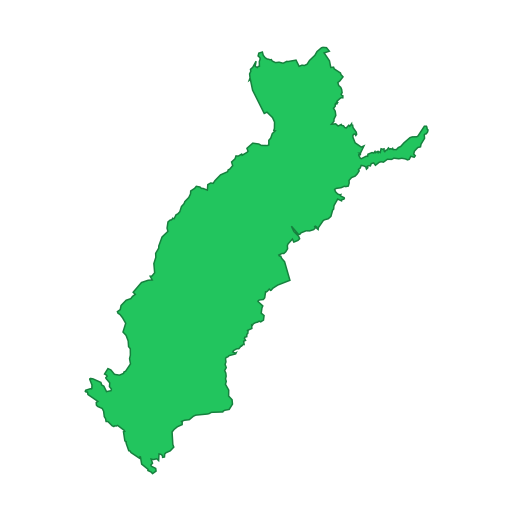 the district of Baia De Arama, Mehedinti, Romania, rotated 262°
{"feature_id": "2599482B84787861269200", "entity_name": "Baia De Arama", "entity_type": "district", "adm_level": 2, "iso_a3": "ROU", "parent_name": "Romania", "parent_adm1": "Mehedinti", "projection": "orthographic", "projection_center": [22.806, 45.004], "detail": "fine", "context": "isolated", "style": "filled", "palette": "green", "viewbox_px": 512, "rotation_deg": 262, "n_neighbors": 0, "source": "geoboundaries", "source_scale": "gbopen_adm2", "svg_char_len": 6088}
<svg xmlns="http://www.w3.org/2000/svg" viewBox="0 0 512 512"><g transform="rotate(262 256 256)"><path d="M448.6,357.1L452.5,354.8L453.3,351.4L453.1,349.8L450.0,344.9L446.5,342.2L442.2,336.2L438.8,333.3L437.9,330.4L438.6,328.1L437.8,325.1L444.4,322.9L444.1,314.6L444.5,313.7L443.1,309.7L444.7,305.9L444.8,302.2L446.8,299.2L448.4,298.5L448.3,297.3L449.2,295.7L449.1,295.1L451.0,292.7L453.8,291.1L457.1,290.7L456.5,287.0L453.8,285.9L452.0,287.4L450.6,287.6L448.0,286.3L443.4,285.8L443.4,284.6L442.4,283.5L444.0,281.6L448.9,283.2L443.4,279.1L441.6,276.5L439.7,276.6L437.2,275.0L433.2,274.9L430.9,273.7L431.6,275.0L420.7,275.7L396.0,284.0L396.9,286.9L390.8,291.6L386.1,293.0L379.8,292.0L377.9,291.1L377.3,292.5L375.0,289.2L370.7,287.0L368.8,284.8L364.2,284.1L363.8,282.6L364.8,276.5L366.5,274.4L368.2,268.5L363.9,262.0L360.8,262.7L359.9,261.6L357.7,256.3L358.9,256.0L357.4,252.4L357.9,250.1L355.2,248.8L352.5,244.9L348.7,245.5L345.6,242.0L345.2,240.5L343.4,239.6L341.3,232.2L336.4,225.9L333.9,223.7L334.6,221.3L333.4,218.2L328.0,217.0L330.3,212.9L330.5,211.4L332.1,210.1L333.3,206.6L331.5,204.6L329.5,200.4L326.6,199.8L323.3,197.6L319.8,193.1L317.9,192.1L315.4,189.1L310.4,186.7L308.5,184.3L308.0,182.6L304.3,180.1L305.0,178.7L304.0,178.1L303.3,176.6L303.6,176.1L302.0,173.6L296.0,171.8L292.6,172.2L287.9,165.6L279.4,161.1L277.4,160.8L272.6,157.0L268.6,156.6L262.7,153.8L253.5,153.3L250.6,150.1L250.7,148.4L246.7,149.9L247.0,145.8L245.7,138.9L237.2,129.3L234.8,131.1L233.2,128.1L231.2,126.1L230.3,121.3L225.8,115.5L221.8,114.1L220.2,111.0L218.5,111.4L217.0,113.2L213.3,115.3L207.5,117.6L199.2,113.7L195.5,116.3L189.7,117.6L184.0,117.2L181.7,118.6L175.3,117.8L171.9,116.5L166.6,116.7L160.0,110.8L159.6,109.2L158.2,108.5L157.0,104.2L158.5,99.4L163.4,96.4L165.1,93.7L160.2,89.6L158.7,91.5L157.6,91.8L156.4,90.3L155.7,90.4L150.7,93.5L147.0,92.7L144.4,94.3L142.8,93.7L142.5,89.1L148.3,87.2L149.7,85.3L152.4,84.8L157.0,77.5L157.7,75.4L157.2,75.3L157.5,74.4L157.0,74.2L151.1,75.6L147.7,75.0L147.3,74.7L147.6,73.5L146.8,68.7L145.8,68.1L145.0,68.7L144.7,70.2L142.2,70.3L134.0,79.2L133.1,77.4L130.6,77.2L129.1,78.2L126.4,82.5L123.5,83.5L118.0,83.4L115.8,84.4L113.0,84.5L112.6,86.4L107.9,89.9L106.9,91.5L107.5,92.5L107.1,93.9L107.5,95.4L101.8,101.1L100.6,101.6L100.4,100.3L91.5,100.4L90.3,100.9L90.2,101.6L88.4,101.4L80.9,102.9L80.5,104.0L78.7,104.9L72.0,112.4L73.4,113.1L73.2,113.6L65.8,113.8L59.8,119.4L58.6,119.1L56.8,121.9L54.9,123.3L56.9,127.1L59.6,127.1L62.4,123.1L63.7,122.8L65.2,124.7L69.5,123.9L68.7,125.9L69.0,129.5L67.0,131.1L73.5,132.4L72.9,134.1L71.5,135.5L69.6,135.5L69.7,137.4L72.5,138.0L73.6,139.2L75.0,144.0L78.2,148.0L80.8,147.4L93.4,148.4L95.7,150.8L97.9,154.5L99.3,159.4L101.8,159.8L102.5,159.3L103.3,162.2L103.2,167.2L106.0,171.6L106.8,174.2L106.3,185.7L106.4,187.5L107.4,190.1L106.2,201.4L107.1,202.1L107.6,203.8L107.8,208.1L112.6,212.1L117.0,212.3L121.1,209.4L127.0,210.3L133.2,207.9L136.0,209.1L138.5,208.7L141.1,209.7L144.3,209.8L146.9,209.0L149.6,211.0L153.0,210.3L155.3,211.5L158.4,211.5L159.7,212.3L160.0,214.0L161.1,215.5L161.9,222.2L163.0,222.9L162.7,222.1L164.2,219.6L165.5,220.6L166.8,224.0L166.6,226.1L169.1,228.9L168.8,229.2L170.2,231.0L170.0,231.9L173.3,231.9L173.9,233.9L176.0,233.1L177.1,233.6L177.4,235.6L179.7,236.0L180.5,237.1L182.9,237.7L183.5,237.3L184.8,241.8L188.3,242.1L187.8,242.7L189.3,244.0L190.1,246.3L190.3,248.5L191.0,250.0L190.1,251.5L191.5,254.5L195.9,255.7L198.7,253.2L203.9,254.7L205.6,255.8L210.7,251.6L211.2,251.8L212.0,253.2L211.9,257.2L213.4,258.8L219.2,260.5L219.0,261.3L219.6,262.4L221.4,264.5L219.9,265.6L220.0,266.2L221.8,268.3L224.2,273.5L227.2,286.2L246.4,283.5L250.1,281.1L252.4,280.5L252.8,279.1L253.8,278.7L254.9,282.2L254.6,283.9L256.1,286.1L258.8,288.3L262.0,288.5L263.6,289.5L267.7,294.4L264.5,295.4L265.6,299.7L267.0,301.6L269.5,301.0L275.0,296.9L280.6,295.2L271.5,301.1L271.3,302.3L272.7,303.9L274.0,309.1L273.4,312.6L274.1,316.8L275.5,318.6L277.0,318.2L277.3,318.9L276.4,320.0L274.8,320.1L273.6,321.2L275.4,321.7L281.5,327.3L282.3,328.7L282.8,332.7L284.8,335.7L290.8,338.3L291.6,339.4L295.0,340.2L301.0,344.8L298.7,348.4L299.9,348.9L300.0,350.9L300.8,351.5L301.5,351.4L303.4,348.5L304.2,348.0L305.0,348.5L304.9,347.6L306.0,345.5L308.5,343.7L311.0,343.1L311.8,344.9L311.8,349.8L312.7,353.1L312.2,354.6L312.4,357.1L315.3,358.4L318.0,358.7L320.4,361.6L321.3,365.3L323.1,367.6L325.9,370.0L327.4,369.5L328.7,371.5L331.1,372.8L330.2,375.3L329.0,377.1L326.7,377.5L327.8,379.0L329.3,378.7L329.8,380.3L329.3,381.8L331.5,383.0L331.8,385.5L329.2,386.9L331.7,391.1L331.9,393.0L331.2,395.3L333.5,399.5L332.8,403.8L333.7,406.2L332.4,410.9L332.5,413.9L331.4,417.4L330.1,419.4L330.4,421.2L333.2,423.2L331.8,426.4L333.1,427.7L335.0,426.4L337.7,427.4L340.9,431.3L341.2,434.1L343.8,435.0L349.1,439.3L352.6,439.5L353.3,440.6L353.3,441.6L355.0,443.2L356.9,443.9L357.7,443.2L360.0,443.1L360.8,442.8L361.1,440.8L352.2,433.0L351.7,431.9L352.2,427.3L351.8,425.0L347.5,418.3L344.3,414.5L343.6,412.0L341.8,409.8L342.3,406.7L343.6,406.3L343.0,405.5L343.5,404.0L343.1,403.2L344.6,402.2L342.7,400.4L342.8,399.6L341.4,398.1L342.2,397.5L344.3,397.7L344.1,396.3L344.8,394.8L341.2,393.4L342.5,391.7L341.4,391.2L342.5,390.5L341.7,388.8L343.0,388.4L341.5,386.9L342.3,385.3L341.2,381.0L339.1,380.4L339.5,379.1L337.7,373.8L338.3,372.9L341.4,371.7L341.9,371.8L341.7,373.2L342.3,373.6L343.5,372.5L343.4,373.8L350.0,378.2L349.2,375.4L354.3,369.9L360.1,368.5L362.0,368.7L363.1,370.1L363.0,371.0L361.5,371.6L362.5,372.6L364.7,372.5L369.8,369.9L372.1,369.9L372.5,368.9L373.6,369.0L371.4,366.9L372.6,366.1L370.2,363.1L370.9,361.7L372.7,360.8L373.5,358.9L374.4,358.7L373.3,355.4L375.8,353.3L376.0,349.1L378.5,351.9L380.7,352.3L384.1,354.6L388.4,354.6L391.5,353.3L393.3,355.3L395.1,355.5L395.4,356.9L396.0,356.2L396.6,357.0L396.2,357.8L396.7,358.3L397.4,357.5L398.1,357.8L400.9,362.1L400.6,364.0L402.5,364.3L402.8,363.5L404.4,362.8L405.7,364.0L408.9,364.0L411.2,363.4L413.3,361.6L416.4,361.2L417.7,363.4L421.3,367.1L423.8,365.4L425.5,365.1L430.4,359.5L432.2,359.1L432.3,356.3L439.1,355.9L447.6,351.7L448.6,357.1Z" fill="#22c55e" stroke="#15803d" stroke-width="1.5"/></g></svg>